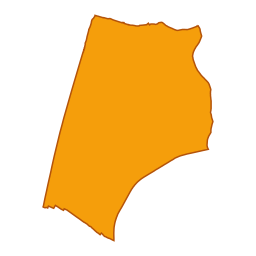 outline of Heemstede, Noord-Holland, Netherlands
{"feature_id": "6326949B37301636239269", "entity_name": "Heemstede", "entity_type": "district", "adm_level": 2, "iso_a3": "NLD", "parent_name": "Netherlands", "parent_adm1": "Noord-Holland", "projection": "orthographic", "projection_center": [4.618, 52.343], "detail": "fine", "context": "isolated", "style": "filled", "palette": "amber", "viewbox_px": 256, "rotation_deg": 0, "n_neighbors": 0, "source": "geoboundaries", "source_scale": "gbopen_adm2", "svg_char_len": 5419}
<svg xmlns="http://www.w3.org/2000/svg" viewBox="0 0 256 256"><path d="M113.9,240.6L113.9,240.3L113.9,239.7L113.9,238.6L113.8,234.9L113.8,233.4L113.8,232.6L113.9,230.5L113.9,230.1L114.0,228.4L114.1,227.1L114.2,226.5L114.4,225.4L114.5,224.8L114.6,224.2L114.8,223.1L114.9,222.7L115.3,221.1L115.4,220.7L115.6,220.2L115.8,219.5L115.9,219.1L116.1,218.7L116.4,217.6L116.7,216.9L117.2,215.7L117.8,214.0L118.2,213.3L119.4,211.1L120.6,209.0L121.3,207.9L122.7,205.4L125.2,200.8L130.3,191.5L130.8,190.7L131.3,189.8L131.5,189.4L132.4,188.2L132.7,187.7L133.0,187.2L133.3,186.8L133.7,186.4L134.2,185.7L134.7,185.0L135.1,184.6L135.9,183.7L136.7,182.8L137.3,182.2L137.8,181.7L138.5,181.1L139.0,180.7L139.7,180.1L140.8,179.2L141.4,178.8L141.9,178.4L143.0,177.7L143.9,177.1L144.7,176.6L145.9,175.9L149.5,173.7L151.2,172.7L154.2,170.9L155.6,169.9L157.9,168.6L164.9,164.3L165.8,163.8L168.6,162.1L170.0,161.2L171.5,160.3L172.5,159.8L175.2,158.0L178.0,156.8L179.6,156.1L181.5,155.5L181.9,155.4L184.1,154.8L185.6,154.4L186.5,154.1L192.1,152.9L200.2,151.1L203.2,150.4L203.3,150.4L204.7,150.1L208.3,149.3L207.7,148.0L207.5,147.5L207.3,146.8L207.1,145.9L207.0,145.1L207.1,144.0L207.2,142.6L207.3,141.2L207.4,139.9L207.6,139.2L207.8,138.5L208.3,137.2L208.9,135.8L209.7,134.5L210.7,132.8L210.9,132.5L210.9,131.3L210.9,130.0L211.0,129.5L211.0,128.9L211.5,126.8L212.0,124.5L212.3,123.5L212.8,122.0L212.9,121.5L212.5,120.2L211.9,118.4L211.7,117.8L211.3,115.4L211.3,115.1L211.1,114.4L210.7,113.2L210.6,112.9L210.5,112.3L210.7,111.3L210.9,110.3L211.0,109.0L211.1,108.6L211.1,106.9L211.1,104.2L211.1,102.4L211.1,101.8L211.1,101.5L211.1,101.0L210.9,99.6L210.8,98.6L210.7,97.4L210.5,95.8L210.5,94.2L210.4,93.2L210.5,92.3L210.5,91.5L210.8,89.8L210.8,89.6L210.5,88.4L210.2,87.5L209.1,84.3L209.0,84.1L208.3,82.8L207.9,82.3L206.3,80.5L205.4,79.7L203.8,77.9L202.8,77.0L202.4,76.6L201.6,75.7L201.2,75.3L198.0,71.0L197.4,70.3L197.0,69.3L196.1,67.6L195.8,67.1L195.4,66.0L194.9,64.6L193.5,60.6L193.2,59.6L193.1,59.0L193.0,58.8L192.8,57.1L192.5,56.3L193.0,53.5L193.2,52.7L193.7,51.3L193.8,51.0L194.0,50.7L194.5,49.5L194.9,48.8L195.3,48.2L195.8,47.2L196.5,46.2L197.2,45.3L198.7,43.1L199.1,42.4L199.4,41.8L199.5,41.6L200.8,38.4L201.1,37.6L201.4,36.9L201.5,36.7L201.6,36.2L201.5,35.4L201.4,35.2L200.8,33.2L200.7,32.8L200.3,31.1L200.2,30.8L200.1,30.0L200.1,29.7L199.8,28.7L199.3,27.7L199.2,27.5L198.9,27.2L198.7,26.8L198.2,25.9L196.6,26.5L196.6,26.4L196.5,26.5L194.7,27.2L194.4,27.3L192.6,28.0L191.7,28.3L191.0,28.5L190.2,28.8L189.3,29.1L188.9,29.2L187.8,29.5L187.4,29.6L184.8,29.5L182.4,29.5L180.5,29.9L179.8,30.0L178.6,30.3L177.6,30.4L177.2,30.4L176.6,30.3L176.3,30.2L175.7,30.0L175.5,29.9L174.8,29.7L174.4,29.5L172.6,28.7L172.2,28.5L171.9,28.3L171.5,28.2L171.0,28.0L169.8,27.5L168.4,26.9L167.8,26.6L167.7,26.5L167.5,26.3L166.7,25.9L165.9,25.5L165.5,25.2L165.1,24.8L164.8,24.6L164.5,24.2L163.9,23.8L163.7,23.6L163.2,23.2L162.7,22.8L162.4,22.6L162.2,22.5L161.5,22.4L161.2,22.3L160.7,22.4L160.6,22.5L159.6,22.6L159.2,22.6L158.9,22.7L158.7,22.8L158.2,23.2L157.9,23.5L157.5,23.8L157.4,23.8L157.0,24.0L156.7,24.1L155.8,24.4L155.6,24.4L155.4,24.4L154.4,24.1L154.2,24.1L153.0,24.0L151.3,24.0L151.0,24.0L150.9,24.0L150.7,24.1L150.4,24.2L150.3,24.3L150.2,24.4L150.0,24.5L149.7,24.9L149.2,24.6L149.0,24.2L148.4,23.2L147.0,24.3L146.7,24.7L142.2,25.2L139.6,25.4L139.1,25.9L137.5,26.0L135.7,25.9L134.9,25.6L132.3,25.2L131.3,25.2L130.1,25.1L128.5,24.6L128.5,24.8L127.6,24.5L126.0,24.0L123.9,23.3L123.9,23.0L124.0,22.9L124.0,22.6L123.0,22.5L122.3,22.5L122.2,22.5L122.1,22.8L119.3,21.9L117.1,21.2L113.7,20.1L112.2,19.5L111.0,18.9L110.5,18.8L109.9,18.5L109.0,18.7L108.7,18.7L108.3,18.7L108.1,18.7L107.8,18.7L107.2,18.6L105.5,18.1L105.1,18.0L103.6,17.6L103.3,17.8L102.1,17.4L99.6,16.7L99.1,16.5L98.7,16.4L98.4,16.3L97.6,16.1L96.6,15.9L96.4,15.8L96.0,15.6L95.0,15.4L95.0,15.7L95.0,16.0L94.9,16.1L94.8,16.3L93.3,18.5L93.2,18.6L92.5,19.1L92.2,19.5L92.0,19.9L91.8,20.4L91.7,20.7L91.6,21.2L91.4,21.9L91.3,22.9L90.8,24.6L90.2,26.4L89.7,27.7L89.6,27.8L89.1,28.9L88.9,29.3L88.8,29.6L88.7,30.1L88.7,30.4L88.6,30.9L88.1,32.8L87.9,33.6L87.9,33.8L87.7,34.2L87.3,35.8L87.0,36.9L86.8,38.2L86.6,38.9L86.5,39.5L86.2,40.6L86.1,41.0L85.9,41.4L85.6,42.2L85.5,42.5L85.3,42.8L85.2,43.2L85.2,43.6L85.2,43.9L85.2,44.1L85.3,44.2L85.2,44.7L84.8,46.3L84.5,48.2L84.3,48.1L84.0,49.9L83.7,49.8L83.6,50.4L83.4,52.0L83.1,52.0L80.1,62.0L71.9,89.8L63.8,118.1L62.2,124.3L60.0,132.4L54.3,155.9L52.1,165.7L50.6,172.8L47.9,184.7L46.5,191.3L45.1,197.6L43.4,206.0L43.1,206.7L43.1,207.0L43.7,207.3L45.1,207.8L46.1,207.4L46.7,207.6L47.7,208.0L48.0,207.2L48.1,206.7L48.4,206.1L50.4,206.9L51.9,207.6L53.7,208.3L54.0,207.7L54.7,206.6L55.4,205.4L55.9,205.7L57.7,206.8L59.9,208.3L61.2,209.2L63.5,210.3L64.0,209.4L64.2,208.8L66.7,209.9L66.8,209.9L71.0,212.9L76.4,216.8L80.0,219.3L82.1,220.9L84.1,222.3L84.3,222.3L84.5,222.4L84.8,222.6L86.2,223.5L87.0,224.0L87.9,224.8L88.4,225.4L89.6,226.3L89.8,226.3L90.0,226.4L90.5,226.5L90.8,226.6L91.0,226.8L91.3,227.2L91.4,227.3L91.5,227.5L92.2,228.1L92.7,228.5L93.7,229.4L94.5,230.2L94.9,230.5L95.1,230.8L96.1,231.6L96.4,231.9L96.7,232.2L97.4,232.7L97.5,232.7L98.0,233.0L98.5,233.3L99.1,233.9L100.1,234.7L101.4,233.1L102.6,234.2L102.8,234.5L103.8,235.7L104.5,236.3L104.8,236.5L105.4,236.7L105.8,236.8L106.1,236.9L106.5,237.2L107.4,237.7L107.6,237.8L108.4,238.1L108.9,238.3L109.2,238.4L109.7,238.5L112.2,239.8L113.0,240.2L113.9,240.6Z" fill="#f59e0b" stroke="#b45309" stroke-width="1.5"/></svg>